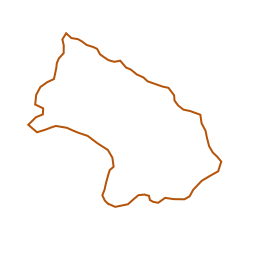 outline of Tymvou, Cyprus, rotated 12°
{"feature_id": "46923920B59196916955997", "entity_name": "Tymvou", "entity_type": "district", "adm_level": 2, "iso_a3": "CYP", "parent_name": "Cyprus", "parent_adm1": "", "projection": "albers", "projection_center": [33.506, 35.133], "detail": "fine", "context": "isolated", "style": "outline", "palette": "amber", "viewbox_px": 256, "rotation_deg": 12, "n_neighbors": 0, "source": "geoboundaries", "source_scale": "gbopen_adm2", "svg_char_len": 1154}
<svg xmlns="http://www.w3.org/2000/svg" viewBox="0 0 256 256"><g transform="rotate(12 128 128)"><path d="M47.8,48.2L45.4,55.0L48.0,60.6L49.5,68.2L45.9,74.3L44.9,79.3L45.4,84.4L45.4,95.5L39.4,100.0L33.8,106.1L31.3,114.7L31.9,120.2L32.3,124.3L40.9,126.4L41.9,132.4L35.8,136.5L29.8,145.6L39.9,151.1L47.9,146.6L52.5,143.6L57.0,141.0L68.1,140.5L75.1,142.0L81.2,143.1L90.2,144.1L100.8,149.1L112.9,153.7L118.9,160.3L122.0,168.9L118.9,172.9L118.4,178.5L117.9,186.6L117.9,193.1L116.9,199.2L120.4,203.8L124.6,206.5L124.8,206.3L131.9,207.8L143.8,202.6L148.2,196.6L152.1,191.6L158.1,189.6L158.3,189.7L159.3,189.9L162.6,189.9L164.4,193.9L168.0,195.0L173.0,194.9L178.9,188.6L187.4,188.1L198.0,186.0L202.5,182.0L204.6,174.9L211.1,164.3L218.2,157.7L225.2,151.6L226.2,141.5L221.2,137.5L216.1,134.4L211.1,128.9L207.1,120.8L204.5,114.7L199.0,108.1L196.0,100.0L185.4,98.5L178.3,98.5L172.3,95.5L167.8,91.5L166.3,86.4L159.2,80.3L153.2,80.3L137.6,78.3L132.5,75.3L125.5,73.8L118.4,70.2L113.4,69.2L106.4,63.8L100.9,66.1L94.8,65.7L90.0,63.8L85.4,61.8L81.3,57.0L77.1,56.0L70.3,55.4L64.8,52.8L60.6,51.5L53.9,51.8L47.8,48.2Z" fill="none" stroke="#b45309" stroke-width="2"/></g></svg>